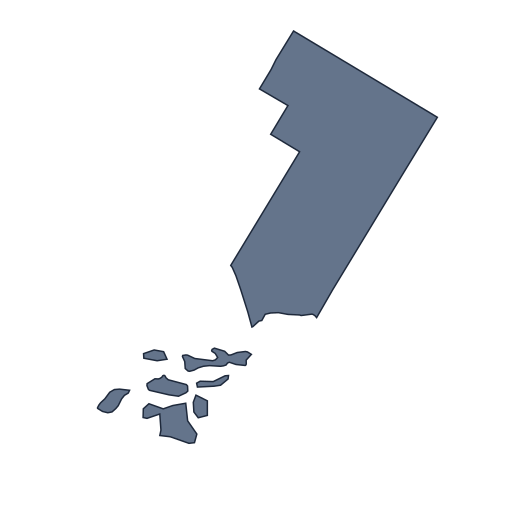 Ashland, Wisconsin, United States of America (Albers equal-area conic projection), rotated 211°
{"feature_id": "52423323B43219981502704", "entity_name": "Ashland", "entity_type": "district", "adm_level": 2, "iso_a3": "USA", "parent_name": "United States of America", "parent_adm1": "Wisconsin", "projection": "albers", "projection_center": [-90.631, 46.529], "detail": "fine", "context": "isolated", "style": "filled", "palette": "slate", "viewbox_px": 512, "rotation_deg": 211, "n_neighbors": 0, "source": "geoboundaries", "source_scale": "gbopen_adm2", "svg_char_len": 1932}
<svg xmlns="http://www.w3.org/2000/svg" viewBox="0 0 512 512"><g transform="rotate(211 256 256)"><path d="M339.7,468.2L340.0,434.6L339.1,423.5L339.1,401.0L306.1,401.4L306.1,367.9L272.3,367.8L272.8,234.9L270.5,234.0L263.1,228.8L252.0,219.5L234.2,203.8L222.9,193.0L222.3,193.9L220.0,201.7L217.8,203.7L218.1,210.8L214.1,214.7L207.6,219.0L198.5,222.4L188.3,227.9L186.7,228.2L178.1,235.0L176.9,235.3L174.7,235.2L172.3,234.4L172.9,266.5L172.4,401.1L172.2,434.7L172.0,468.3L238.8,468.3L339.7,468.2ZM212.6,64.3L215.0,72.9L229.7,79.5L240.4,93.6L250.3,85.0L256.8,77.2L271.7,74.2L273.9,67.0L269.6,59.4L265.8,60.7L257.1,71.0L247.8,57.8L246.0,52.6L236.4,56.9L217.0,60.9L212.6,64.3ZM208.6,157.0L208.7,158.4L210.8,161.7L209.3,169.3L213.9,169.4L215.9,168.7L222.4,163.6L226.5,158.3L228.5,156.9L233.8,158.2L244.2,155.6L245.5,153.4L245.3,152.1L244.7,151.6L240.8,151.5L236.6,149.3L237.3,146.1L239.2,143.9L255.7,136.6L263.5,135.8L265.1,135.1L267.6,133.0L267.3,132.0L262.7,128.8L258.7,123.1L255.0,122.4L253.5,123.0L250.3,126.3L247.9,130.4L244.3,134.4L239.4,138.1L229.6,143.2L227.3,145.1L225.5,147.2L225.3,149.6L224.1,151.2L217.3,152.7L208.9,156.6L208.6,157.0ZM245.6,102.7L244.9,105.1L247.7,109.3L249.5,109.9L267.5,104.7L270.6,105.3L271.7,106.1L272.8,106.5L273.7,106.1L274.2,105.4L274.3,103.6L275.2,101.7L276.4,100.3L279.4,98.7L283.6,90.5L282.7,88.7L279.6,86.3L278.2,86.0L259.0,92.2L250.2,95.9L245.6,102.7ZM294.9,72.7L295.2,75.8L304.4,71.6L308.6,68.6L311.2,63.9L312.0,55.7L313.6,50.1L313.9,47.4L313.7,44.3L313.3,43.8L307.5,43.7L302.3,45.3L299.1,48.2L297.6,53.0L297.0,56.7L297.6,64.4L297.0,68.8L294.9,72.7ZM222.2,87.6L215.6,94.3L223.1,106.8L235.8,105.8L234.4,98.3L228.9,90.3L222.2,87.6ZM279.1,121.7L285.9,126.4L294.9,123.0L302.1,114.4L299.5,110.6L286.8,115.3L279.1,121.7ZM216.6,136.2L218.0,139.4L220.8,137.4L228.0,126.3L239.4,119.9L241.4,116.4L238.7,113.5L224.9,122.8L219.8,127.0L216.6,136.2Z" fill="#64748b" stroke="#1e293b" stroke-width="1.5"/></g></svg>